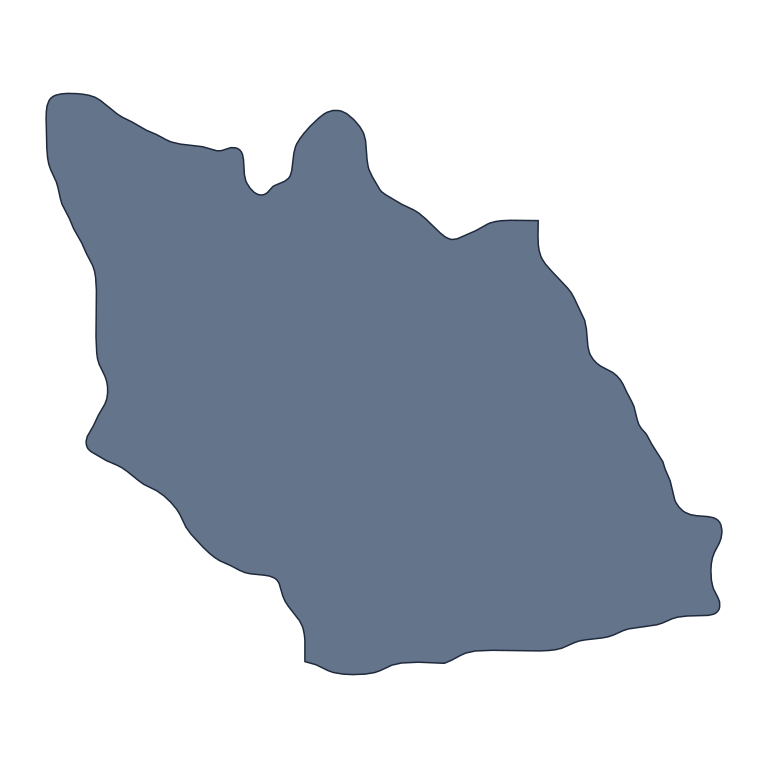 outline of Quisquella, San Pedro de Macorís, Dominican Republic
{"feature_id": "3306468B80132338687245", "entity_name": "Quisquella", "entity_type": "district", "adm_level": 2, "iso_a3": "DOM", "parent_name": "Dominican Republic", "parent_adm1": "San Pedro de Macorís", "projection": "orthographic", "projection_center": [-69.415, 18.546], "detail": "fine", "context": "isolated", "style": "filled", "palette": "slate", "viewbox_px": 768, "rotation_deg": 0, "n_neighbors": 0, "source": "geoboundaries", "source_scale": "gbopen_adm2", "svg_char_len": 3237}
<svg xmlns="http://www.w3.org/2000/svg" viewBox="0 0 768 768"><path d="M538.2,220.6L510.6,220.3L501.5,220.7L495.7,221.5L490.0,223.0L487.5,224.1L475.9,230.6L457.2,238.8L452.5,239.5L449.9,239.1L447.5,238.1L445.1,236.8L440.7,233.4L425.6,218.8L418.8,213.1L414.2,210.2L401.6,204.2L385.9,194.9L381.8,191.9L380.1,190.0L372.3,176.7L368.9,169.4L368.1,166.3L367.1,160.0L365.6,140.8L364.0,134.5L362.8,131.7L359.6,126.4L353.7,119.5L346.8,113.7L341.4,111.1L338.5,110.5L332.7,110.5L327.0,112.3L324.3,113.8L319.4,117.5L310.2,126.2L303.9,133.4L300.0,138.5L296.7,143.9L295.5,146.7L293.9,152.9L291.7,170.9L290.0,176.2L288.4,178.4L284.6,181.3L274.2,185.7L272.6,186.8L267.5,192.5L265.8,193.7L263.8,194.6L261.5,195.0L258.8,194.7L256.4,193.7L254.1,192.3L250.2,188.3L247.0,183.4L245.8,180.7L244.4,174.6L243.5,159.7L242.5,154.4L241.4,152.0L239.7,149.9L237.6,148.5L235.4,147.8L230.9,147.6L221.2,150.7L216.9,150.8L202.6,146.7L180.4,144.1L171.0,141.9L166.1,139.7L156.6,134.6L146.1,130.1L132.1,122.0L121.9,117.0L116.9,113.7L100.4,100.4L95.1,97.3L89.1,95.3L82.8,94.2L76.5,93.6L67.2,93.4L61.2,93.9L55.7,95.2L53.1,96.4L50.8,98.2L49.0,100.6L47.0,106.0L46.3,111.9L46.1,118.2L46.8,148.0L47.6,157.9L48.8,164.3L50.7,169.8L56.3,181.9L57.9,187.4L60.4,198.7L62.0,204.2L69.4,218.6L73.8,229.0L81.8,243.1L86.4,253.5L92.6,265.4L94.5,271.0L95.6,277.3L96.4,290.3L96.0,336.9L96.7,352.7L97.5,358.7L99.1,364.2L104.9,376.1L106.7,381.4L107.6,387.1L107.6,392.9L106.8,398.7L104.9,404.0L98.2,415.5L93.5,425.6L87.3,436.4L86.1,441.2L86.2,443.8L86.8,446.2L87.9,448.6L89.6,450.4L91.4,451.9L106.5,460.7L116.8,465.1L122.0,467.8L127.0,471.3L138.9,480.9L143.8,484.4L156.6,490.7L164.0,495.9L170.7,502.2L176.6,509.2L179.8,514.3L185.9,527.1L191.1,534.3L203.5,547.7L210.1,553.9L214.8,557.6L219.8,560.8L230.2,565.4L239.7,570.4L244.8,572.5L250.3,573.8L264.3,575.2L269.6,576.1L274.3,578.0L276.4,579.5L278.0,581.5L279.2,583.7L282.8,596.0L285.0,601.1L288.2,606.1L299.3,620.4L302.1,625.8L303.1,628.6L304.3,634.4L304.9,640.3L304.9,661.6L315.9,664.7L328.0,670.6L333.4,672.5L342.8,674.1L352.4,674.6L365.2,674.1L374.5,672.6L380.0,670.7L392.0,665.1L401.5,663.0L418.3,662.2L444.4,663.3L451.2,660.4L460.7,655.3L465.6,653.1L475.1,651.0L491.7,650.3L539.2,650.9L549.1,650.5L555.6,649.7L561.8,648.2L574.0,642.8L579.5,640.9L585.7,639.8L601.6,638.0L607.8,636.9L613.3,635.1L623.0,630.7L628.5,628.9L656.9,624.8L662.5,623.0L672.3,618.7L677.8,617.1L687.1,616.0L708.1,615.4L713.3,614.3L715.7,613.2L717.7,611.4L719.1,609.2L719.7,606.8L719.6,601.9L718.0,597.7L713.6,589.1L712.7,586.3L711.4,580.1L710.9,570.4L711.3,563.9L712.5,557.6L714.5,552.2L719.3,543.1L721.1,538.1L721.9,532.7L721.9,530.1L720.9,525.0L719.8,522.6L718.2,520.5L715.9,518.8L713.4,517.7L708.0,516.6L696.4,515.7L690.4,514.6L685.2,512.4L682.9,510.9L679.0,507.1L676.0,502.7L674.8,500.0L670.2,480.9L665.1,469.0L662.8,461.6L651.9,444.4L647.1,435.5L645.8,433.5L641.4,428.6L638.9,424.7L637.3,419.9L634.0,406.6L631.8,401.7L626.8,392.3L623.3,384.7L620.4,379.9L616.9,375.9L612.8,372.5L600.9,366.3L596.7,363.2L593.1,359.3L590.2,354.7L589.2,352.0L587.9,346.4L586.4,329.0L584.7,320.4L574.2,298.1L571.4,293.0L567.8,288.3L551.3,270.8L545.4,264.0L542.2,259.1L540.9,256.5L539.2,250.8L538.3,244.9L538.0,235.9L538.2,220.6Z" fill="#64748b" stroke="#1e293b" stroke-width="1.5"/></svg>